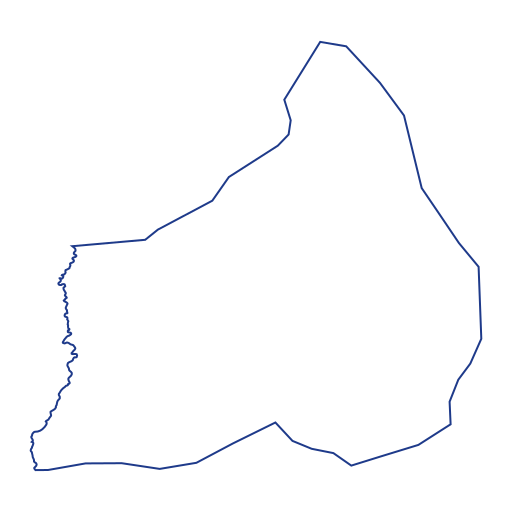 Cenxermandal, Hentiy, Mongolia (Equal Earth projection)
{"feature_id": "93677404B41440940318448", "entity_name": "Cenxermandal", "entity_type": "district", "adm_level": 2, "iso_a3": "MNG", "parent_name": "Mongolia", "parent_adm1": "Hentiy", "projection": "equal_earth", "projection_center": [108.512, 47.906], "detail": "fine", "context": "isolated", "style": "outline", "palette": "blue", "viewbox_px": 512, "rotation_deg": 0, "n_neighbors": 0, "source": "geoboundaries", "source_scale": "gbopen_adm2", "svg_char_len": 4533}
<svg xmlns="http://www.w3.org/2000/svg" viewBox="0 0 512 512"><path d="M61.5,389.9L60.7,391.0L59.4,393.2L58.9,393.8L58.8,394.4L58.9,395.2L59.2,395.7L59.6,396.3L59.8,397.0L59.7,397.5L59.8,397.9L59.7,398.5L59.2,399.1L57.9,400.5L57.3,401.7L56.9,403.5L56.6,405.1L56.2,405.6L55.8,406.7L55.9,407.4L55.1,408.7L53.7,409.8L51.6,411.0L50.6,411.7L50.5,412.3L50.7,413.6L51.1,415.2L50.9,416.0L50.2,416.9L49.3,418.1L48.4,419.6L47.1,420.4L46.5,420.7L46.0,421.1L45.9,421.3L45.8,421.5L46.3,421.9L46.7,423.1L46.4,424.5L44.7,426.9L42.4,429.2L40.3,430.6L37.8,431.5L34.7,431.8L34.0,432.1L32.8,433.3L32.4,434.0L32.1,434.8L32.1,435.3L31.8,436.1L31.5,436.4L31.3,436.9L31.4,437.6L31.8,438.3L32.2,438.9L32.8,440.1L32.8,440.8L32.4,441.3L31.8,441.9L33.0,442.4L33.3,443.0L33.3,443.7L33.0,444.7L32.6,445.8L32.0,447.0L32.0,447.6L31.0,449.2L30.7,450.4L30.8,450.9L31.0,451.3L31.4,451.7L31.9,452.3L32.0,453.2L32.3,454.4L32.6,455.7L32.7,456.9L33.0,457.7L33.6,458.9L34.0,460.1L34.0,461.4L34.3,461.9L34.9,462.4L35.8,462.9L36.3,463.6L36.6,464.3L36.5,465.0L36.2,465.8L34.9,467.2L34.3,467.8L34.3,468.5L34.6,469.0L35.2,469.7L35.5,470.1L48.0,470.0L85.6,463.4L121.7,463.2L159.7,468.9L196.4,462.8L233.0,443.4L275.4,422.5L292.5,440.9L311.7,448.8L333.4,453.1L351.3,465.6L380.9,456.4L418.4,444.9L450.6,424.3L449.6,401.7L458.3,379.7L470.3,363.6L481.3,338.8L478.6,266.8L458.9,243.0L440.8,216.2L421.7,188.1L404.0,115.5L380.0,82.9L346.2,46.3L320.2,41.9L284.3,99.7L290.7,120.3L288.6,134.5L277.8,145.7L228.9,177.0L212.3,200.7L157.9,229.6L145.2,239.8L72.3,246.2L73.7,247.3L74.4,247.9L75.2,248.8L75.5,249.9L75.5,250.7L75.4,251.0L74.7,251.7L74.0,252.5L73.8,253.2L73.9,253.8L74.2,254.2L74.8,254.6L75.3,254.7L75.8,255.0L76.3,255.5L76.3,256.1L76.0,256.5L75.4,256.9L74.5,257.2L73.6,257.5L72.8,257.8L72.5,258.2L72.4,258.6L72.6,259.0L73.2,259.6L73.7,260.1L73.9,260.6L73.8,261.3L73.4,261.9L72.4,262.5L71.2,263.0L70.7,263.1L70.2,263.5L70.0,264.0L70.3,264.7L70.4,265.3L70.2,265.8L70.1,266.5L69.7,267.0L69.6,267.3L69.5,267.8L69.5,268.0L69.3,268.3L68.6,268.7L67.7,269.2L66.4,269.8L65.6,270.1L65.5,270.4L65.4,270.9L65.4,271.7L65.6,272.7L65.2,273.3L64.8,273.9L64.0,274.5L63.0,274.6L62.4,274.8L62.0,275.0L61.9,275.1L61.8,275.3L62.1,275.5L62.5,275.6L63.1,275.8L63.3,276.3L63.2,277.1L62.8,277.9L62.2,278.5L61.8,278.6L61.1,278.5L60.5,278.3L60.1,278.2L59.8,278.2L59.6,278.3L59.7,278.5L60.6,279.4L60.8,280.3L60.8,280.8L60.3,281.6L59.6,282.2L58.8,282.7L58.4,283.4L58.5,284.0L58.8,284.5L59.2,284.8L60.0,285.0L61.2,285.0L61.6,284.8L61.8,284.5L62.0,284.3L63.5,284.1L64.2,284.2L64.7,284.5L65.0,285.5L65.2,286.2L64.5,286.9L63.9,287.4L63.5,287.8L63.5,288.5L63.6,289.1L63.8,289.7L64.1,290.2L64.6,290.9L64.9,291.7L65.6,292.5L65.8,293.2L65.6,293.9L65.2,294.5L64.9,295.1L64.9,295.4L65.1,295.8L65.7,296.3L66.3,296.9L66.7,297.6L66.7,297.8L65.8,298.4L65.3,298.7L65.2,298.9L65.2,299.2L65.0,299.4L64.2,300.1L63.8,300.5L64.0,300.9L64.4,301.3L65.3,301.7L66.3,302.3L66.9,302.7L67.2,303.0L67.4,303.3L67.5,303.6L67.4,304.1L66.9,305.0L66.3,306.4L65.8,307.5L65.8,308.4L66.2,309.2L66.7,309.8L67.0,310.3L66.9,311.2L67.2,312.0L67.3,312.6L67.4,313.0L67.1,313.3L66.3,313.4L65.8,313.5L65.3,313.8L64.9,314.4L64.6,315.3L64.7,316.0L64.9,316.3L65.3,316.7L66.0,316.9L67.1,317.3L67.4,317.8L67.4,318.6L67.2,319.4L67.5,319.8L68.3,321.2L68.0,322.1L67.9,323.0L67.7,324.5L68.1,325.1L68.0,326.3L68.1,327.3L68.5,328.7L68.9,328.9L69.3,329.0L69.4,329.4L69.2,329.8L68.8,330.1L68.1,330.4L67.9,330.6L67.8,331.3L67.9,332.0L68.1,332.2L68.9,332.4L70.1,332.6L70.7,332.8L71.1,333.3L71.2,333.8L71.0,334.3L70.2,334.9L69.7,335.3L69.2,335.6L68.3,335.9L67.5,336.2L66.5,337.0L65.8,337.9L64.9,338.9L63.9,340.3L63.3,341.6L62.9,342.0L62.8,342.3L62.9,342.8L63.5,343.1L64.4,343.4L65.0,343.3L66.4,342.7L67.0,342.5L67.8,342.7L68.7,343.0L70.2,344.1L71.0,344.5L72.0,344.7L73.3,345.2L74.1,346.3L75.0,347.5L75.3,348.3L75.2,348.8L74.6,349.8L74.1,350.2L73.6,350.7L72.9,351.5L72.3,352.4L71.6,353.1L71.6,353.5L71.7,353.8L72.2,354.0L72.8,354.1L74.2,354.0L75.6,354.0L76.6,354.2L77.1,355.4L76.7,357.0L76.4,357.2L75.9,357.4L75.1,357.3L74.6,357.3L73.8,357.8L73.3,358.7L73.0,359.2L72.7,360.3L71.5,361.2L69.0,362.3L68.0,363.0L67.7,363.7L67.4,364.9L67.4,365.5L67.7,366.3L68.4,367.5L68.9,368.5L69.1,369.9L69.4,370.5L69.7,370.8L71.0,371.9L71.7,372.8L71.8,373.5L71.7,374.5L70.9,375.9L70.6,376.1L70.1,376.6L69.7,377.0L68.8,377.8L68.4,378.6L68.3,379.1L68.5,380.1L68.9,381.2L69.6,382.4L69.7,383.0L69.5,383.3L69.0,383.8L68.5,383.9L68.0,384.2L68.0,384.8L67.6,385.3L67.2,385.5L66.6,385.6L66.0,385.8L65.3,386.5L64.5,387.3L63.5,387.9L61.5,389.9Z" fill="none" stroke="#1e3a8a" stroke-width="2"/></svg>